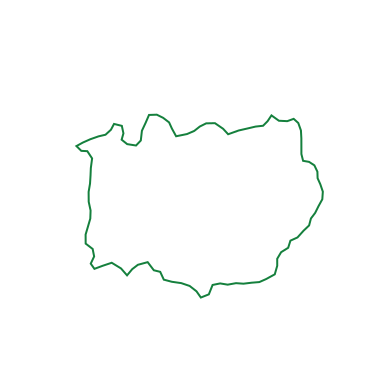 Rochedo de Minas, Minas Gerais, Brazil (orthographic projection), rotated 42°
{"feature_id": "56859067B75904994944192", "entity_name": "Rochedo de Minas", "entity_type": "district", "adm_level": 2, "iso_a3": "BRA", "parent_name": "Brazil", "parent_adm1": "Minas Gerais", "projection": "orthographic", "projection_center": [-43.032, -21.64], "detail": "fine", "context": "isolated", "style": "outline", "palette": "green", "viewbox_px": 384, "rotation_deg": 42, "n_neighbors": 0, "source": "geoboundaries", "source_scale": "gbopen_adm2", "svg_char_len": 1386}
<svg xmlns="http://www.w3.org/2000/svg" viewBox="0 0 384 384"><g transform="rotate(42 192 192)"><path d="M206.0,273.8L216.0,275.7L221.8,272.6L229.7,276.0L237.1,272.2L245.0,266.9L253.1,263.4L261.8,262.8L269.2,264.5L273.0,256.8L269.5,247.3L274.1,241.1L280.5,237.0L285.7,230.3L291.6,225.7L297.1,219.4L302.3,213.9L305.3,207.2L308.6,197.8L304.7,189.8L300.0,184.6L298.5,177.1L300.8,169.1L297.7,162.3L300.8,155.2L300.8,146.1L301.4,138.5L298.1,132.1L297.5,125.1L295.5,117.9L293.7,110.2L289.0,104.2L282.2,100.4L276.1,97.7L271.6,93.0L265.1,90.3L258.8,91.3L253.7,94.5L247.9,90.6L243.2,85.4L237.4,79.0L231.8,73.4L224.8,69.6L218.6,69.6L215.4,75.6L208.9,80.9L199.8,81.9L200.8,88.8L200.5,95.2L195.5,100.8L190.7,107.7L185.5,115.1L180.2,124.9L172.8,124.2L163.0,125.5L156.6,131.5L154.0,138.1L152.8,145.1L149.5,152.3L142.9,161.2L134.6,158.3L128.4,155.6L120.9,156.2L114.1,158.1L108.5,163.5L111.2,171.5L113.8,180.0L119.5,188.0L119.3,194.9L111.8,199.8L104.7,200.2L101.8,194.3L95.6,189.8L88.5,193.6L90.1,200.0L89.4,207.3L85.3,213.2L81.1,220.9L77.8,228.3L75.4,235.2L82.2,235.5L86.9,231.7L95.3,233.9L100.8,241.9L105.6,247.7L110.6,254.0L115.1,261.1L121.8,268.4L129.0,273.6L134.2,279.8L138.1,287.9L141.4,294.8L147.5,301.5L156.3,300.8L162.4,305.4L164.7,313.0L170.9,314.4L175.1,306.4L179.7,298.3L190.4,296.3L199.5,297.4L199.2,289.3L200.5,282.3L206.0,273.8Z" fill="none" stroke="#15803d" stroke-width="2"/></g></svg>